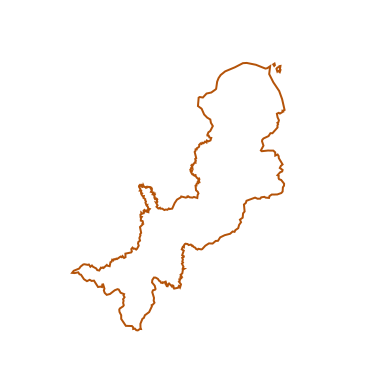 outline of Khlung, Chanthaburi, Thailand, rotated 200°
{"feature_id": "78962969B14085180257363", "entity_name": "Khlung", "entity_type": "district", "adm_level": 2, "iso_a3": "THA", "parent_name": "Thailand", "parent_adm1": "Chanthaburi", "projection": "robinson", "projection_center": [102.327, 12.55], "detail": "fine", "context": "isolated", "style": "outline", "palette": "amber", "viewbox_px": 384, "rotation_deg": 200, "n_neighbors": 0, "source": "geoboundaries", "source_scale": "gbopen_adm2", "svg_char_len": 6046}
<svg xmlns="http://www.w3.org/2000/svg" viewBox="0 0 384 384"><g transform="rotate(200 192 192)"><path d="M277.0,75.0L274.7,75.6L271.4,77.6L269.6,76.2L268.0,76.3L263.7,73.1L260.2,72.3L258.1,74.5L255.9,74.1L253.8,75.2L247.8,70.6L245.6,71.8L244.1,71.9L244.6,74.4L243.9,74.8L241.2,71.2L241.2,69.4L239.6,67.4L237.0,66.2L234.2,68.1L231.0,73.2L228.8,75.2L227.5,75.3L224.6,72.9L220.9,72.8L221.0,71.4L219.4,70.1L220.1,67.7L219.1,66.4L218.8,64.2L217.4,62.3L217.6,61.1L220.0,57.8L220.1,56.5L219.1,54.5L216.4,52.0L215.1,48.5L208.4,43.6L202.6,45.5L201.0,44.7L200.4,43.2L199.0,44.1L197.1,43.1L195.6,43.4L194.1,45.5L193.1,45.8L194.1,47.1L195.4,50.5L195.2,55.9L194.2,57.2L194.1,60.1L191.2,64.5L190.6,70.8L191.2,71.9L190.3,72.8L189.4,75.1L190.8,76.7L191.5,79.5L195.1,84.3L195.1,86.2L193.2,87.7L193.1,88.4L195.0,91.2L198.6,93.3L199.2,95.8L198.5,98.6L196.9,99.1L194.4,98.7L192.4,97.3L191.1,97.2L190.3,96.2L188.5,96.4L188.4,97.3L186.6,97.4L186.6,98.4L186.1,98.8L184.8,97.1L185.0,96.4L183.8,96.0L184.3,95.7L183.5,94.9L182.7,95.1L182.8,97.2L182.3,98.2L179.8,97.0L180.0,96.4L179.4,97.0L178.9,96.5L178.3,97.6L177.5,97.5L176.7,96.3L177.1,96.4L177.1,96.1L175.8,95.1L172.4,97.2L172.2,99.0L170.6,98.0L170.6,99.0L171.6,99.3L170.7,100.5L170.8,101.5L173.5,103.2L173.1,103.8L173.8,105.2L173.3,105.2L173.4,106.5L172.6,107.2L173.0,107.8L172.7,108.2L173.6,108.3L173.0,109.2L174.4,110.2L173.3,112.3L174.0,116.0L173.1,117.1L174.5,116.8L174.5,118.9L177.0,121.3L176.3,122.6L177.4,123.5L177.4,125.3L178.7,126.8L177.6,128.1L177.7,128.8L179.6,129.2L179.7,134.1L182.0,134.6L181.9,137.3L180.7,137.3L181.3,139.1L180.9,140.6L180.4,141.2L178.3,141.6L177.0,141.0L175.1,142.2L173.4,141.3L173.1,141.8L171.4,140.9L169.9,140.8L168.7,139.9L167.1,139.8L166.6,140.8L163.7,141.2L162.9,141.8L161.1,146.1L158.5,149.5L155.0,150.6L153.0,154.1L150.9,155.0L150.0,159.0L146.5,162.6L141.9,165.8L140.3,168.8L138.4,169.1L138.2,171.0L136.2,173.8L136.5,177.2L135.6,180.4L137.5,182.4L135.6,185.2L136.7,189.4L135.9,191.7L138.9,198.0L137.7,200.1L137.8,202.4L130.8,208.3L128.1,208.1L125.6,209.1L125.1,210.7L122.3,212.2L120.9,211.9L117.6,212.8L117.8,214.6L116.2,216.9L111.1,218.8L107.7,221.6L107.0,223.4L108.2,227.5L107.7,229.4L108.3,231.3L112.3,233.8L114.5,233.8L115.4,234.7L116.1,236.9L117.4,237.0L116.0,240.5L114.3,242.2L114.4,243.7L117.7,244.6L117.4,247.0L116.3,248.9L122.0,253.5L122.8,255.3L124.4,256.5L126.2,254.7L127.4,257.7L129.7,258.7L134.9,256.9L140.4,254.2L141.5,254.6L140.7,260.0L143.6,263.7L143.8,265.1L143.1,266.8L139.2,270.7L138.4,274.1L136.5,274.8L133.7,281.9L134.5,283.8L134.3,285.3L135.4,286.2L134.7,287.2L134.9,289.2L137.1,291.4L139.0,294.6L137.5,296.1L136.2,295.8L134.3,298.1L134.7,299.2L133.8,299.2L134.0,299.9L133.1,300.8L139.1,310.1L144.6,316.7L153.1,322.9L159.8,329.2L161.6,336.9L163.6,334.1L165.2,333.1L175.5,333.4L184.7,332.0L188.2,330.5L194.4,323.8L202.1,316.7L205.1,311.7L206.0,308.1L206.1,304.3L204.6,297.2L205.0,296.3L207.9,292.1L212.0,289.5L214.1,284.5L217.2,283.9L218.0,282.9L215.8,274.8L211.4,273.5L207.1,269.0L203.2,267.1L199.6,266.4L197.9,263.5L195.0,261.1L195.7,255.6L197.0,253.7L197.1,250.8L196.8,250.3L195.6,250.7L194.3,249.2L192.4,249.4L192.3,246.8L193.9,245.2L195.6,245.4L195.3,243.5L197.0,243.8L197.8,241.8L199.2,241.8L199.4,240.4L200.6,240.6L201.4,238.7L200.9,238.1L201.0,236.5L202.4,234.8L202.1,233.7L203.2,233.3L202.8,231.8L203.2,230.6L199.6,225.2L200.3,224.1L199.1,222.7L199.4,222.3L198.7,220.7L199.6,220.5L200.3,217.8L201.2,217.8L201.7,216.8L200.4,215.8L200.8,214.8L199.9,214.8L199.5,214.1L200.9,213.6L201.2,212.3L200.2,211.7L200.4,211.1L199.8,210.5L199.2,211.3L199.2,209.9L197.9,208.8L197.0,209.1L196.5,208.4L195.1,208.2L194.5,209.8L194.6,209.1L193.7,209.2L194.3,208.8L194.1,208.3L192.3,207.0L190.4,206.6L190.0,207.1L189.6,206.7L190.1,206.0L189.5,205.7L189.8,204.8L189.3,204.9L188.4,203.7L189.8,202.9L189.3,202.2L190.4,201.5L190.4,200.3L190.9,200.5L190.1,199.6L190.8,199.1L188.8,195.0L186.7,194.2L185.4,192.8L185.7,191.2L185.0,188.2L188.5,188.0L189.6,186.9L192.4,186.2L194.2,186.7L194.8,186.3L194.6,185.6L195.9,184.6L200.6,184.1L200.7,183.1L203.5,179.7L204.5,175.7L204.9,169.6L207.2,168.3L208.1,168.6L209.0,166.9L210.6,166.6L211.8,165.6L214.3,166.2L216.1,165.5L216.7,166.2L218.0,165.0L220.3,166.0L219.8,167.7L222.3,169.8L221.5,169.9L221.2,170.9L222.2,172.0L222.1,173.2L222.6,173.5L224.1,172.8L224.2,173.5L224.7,173.2L225.4,173.7L225.5,174.8L226.3,175.6L226.1,176.8L227.4,176.5L227.1,177.4L228.2,176.9L228.1,178.3L230.6,178.1L230.3,179.9L231.1,180.5L230.7,181.2L231.6,182.1L232.4,181.6L232.9,182.3L234.5,182.0L236.3,180.5L236.5,181.3L237.6,180.5L239.0,180.6L240.2,181.8L240.0,180.0L240.4,179.7L241.8,180.1L241.8,180.7L241.1,180.8L241.8,181.4L242.5,180.5L243.3,180.9L243.8,179.9L243.6,178.8L241.3,176.9L241.5,175.4L240.1,175.7L239.7,174.0L238.6,173.7L239.1,173.0L238.6,172.4L236.9,171.2L235.9,171.7L235.6,169.9L233.5,169.3L233.2,168.3L232.0,167.3L232.1,166.1L230.4,164.1L229.6,164.6L229.4,163.4L228.3,162.9L227.0,160.4L226.5,161.6L225.9,161.6L226.6,159.7L226.1,158.1L228.1,158.0L227.9,159.5L229.2,158.5L230.6,158.9L231.0,157.7L230.2,157.4L230.1,155.5L231.2,154.8L232.6,155.3L232.0,153.8L232.7,153.1L231.8,151.0L230.7,151.3L231.0,149.8L230.3,147.6L228.5,147.8L227.7,146.8L227.8,145.5L227.0,145.2L228.9,141.3L225.8,136.2L226.3,134.6L225.6,133.6L225.7,130.7L224.2,128.5L225.3,126.7L225.1,125.1L223.7,123.3L224.3,119.7L224.8,118.8L226.4,119.3L227.4,118.7L228.9,119.4L229.5,117.6L228.2,115.5L228.5,114.4L233.5,111.3L232.2,108.0L233.3,106.8L235.4,108.0L235.7,106.7L237.0,106.9L239.6,103.3L240.4,103.5L241.0,102.5L242.2,102.3L242.5,100.8L243.8,101.1L243.8,98.9L244.6,98.1L244.0,94.1L246.4,93.8L247.1,94.3L249.1,90.4L249.9,90.7L250.6,89.8L251.7,89.8L252.3,86.5L254.3,86.2L255.9,87.4L259.5,87.9L260.9,88.7L261.9,87.0L264.1,88.6L265.0,87.9L268.4,87.3L269.4,86.7L271.2,83.8L271.8,81.5L276.2,77.5L277.0,75.0ZM154.8,336.7L153.1,334.5L152.9,335.2L151.6,335.5L151.0,334.6L150.5,334.5L150.6,337.0L151.3,337.2L152.0,340.7L153.0,340.1L153.1,339.0L154.2,338.3L154.8,336.7ZM159.3,339.7L157.9,338.6L157.5,339.6L158.4,340.9L159.3,339.7Z" fill="none" stroke="#b45309" stroke-width="2"/></g></svg>